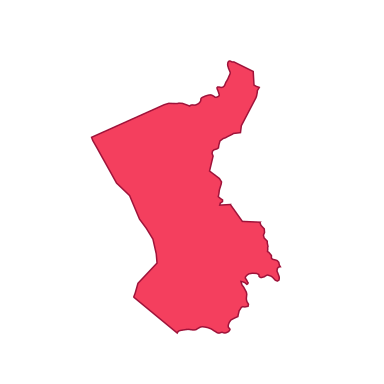 outline of Pelouze, Praslin, Saint Lucia, rotated 292°
{"feature_id": "8701671B45915520468586", "entity_name": "Pelouze", "entity_type": "district", "adm_level": 2, "iso_a3": "LCA", "parent_name": "Saint Lucia", "parent_adm1": "Praslin", "projection": "natural_earth1", "projection_center": [-60.921, 13.879], "detail": "fine", "context": "isolated", "style": "filled", "palette": "rose", "viewbox_px": 384, "rotation_deg": 292, "n_neighbors": 0, "source": "geoboundaries", "source_scale": "gbopen_adm2", "svg_char_len": 5378}
<svg xmlns="http://www.w3.org/2000/svg" viewBox="0 0 384 384"><g transform="rotate(292 192 192)"><path d="M189.5,266.4L183.6,249.7L194.7,232.3L194.8,232.3L190.2,222.6L192.4,222.4L194.5,223.9L196.1,223.3L196.6,220.9L197.5,218.1L200.3,217.6L204.2,216.6L210.2,216.1L212.4,215.6L214.8,212.3L218.0,200.4L233.2,198.1L235.2,196.2L237.5,195.7L239.4,196.6L241.3,199.0L242.8,200.0L245.6,199.3L249.8,198.8L253.3,200.9L254.8,202.7L256.8,204.3L260.8,207.9L261.8,208.5L265.2,214.7L272.0,212.9L303.4,216.0L305.2,215.9L308.8,215.2L310.5,214.6L313.4,215.1L314.2,215.2L314.2,214.9L314.0,211.9L314.4,209.4L326.7,203.6L328.3,182.2L328.1,181.7L327.8,181.1L327.6,180.1L327.7,179.2L327.7,178.1L327.2,177.3L326.4,176.9L325.5,176.8L324.7,177.0L323.8,177.2L323.0,177.6L322.2,178.0L321.6,178.7L320.8,179.1L320.1,179.8L319.5,180.4L318.8,181.1L318.2,181.7L317.5,182.4L316.7,182.9L315.9,183.0L315.0,183.0L314.1,183.0L313.3,182.9L312.4,182.9L311.5,182.9L310.6,182.9L309.8,182.8L308.9,182.7L308.0,182.6L307.2,182.4L306.3,182.3L305.4,182.3L304.6,182.3L303.7,182.3L302.8,182.3L302.0,182.0L301.2,181.6L300.5,181.0L300.0,180.2L299.7,179.2L299.6,178.2L299.3,177.3L298.9,176.4L298.7,176.4L298.1,176.1L297.3,176.5L296.6,177.1L296.0,177.8L295.3,178.4L294.6,179.0L294.2,179.4L293.9,179.6L293.2,180.2L292.8,180.6L292.5,180.8L291.6,181.1L290.8,180.8L290.1,180.3L289.4,179.6L288.8,178.9L288.5,177.9L288.8,177.0L289.0,176.0L289.1,175.1L289.2,174.1L289.1,173.1L288.7,172.2L288.2,171.3L287.7,170.6L287.1,169.8L286.5,169.1L285.9,168.3L285.2,167.7L284.5,167.0L283.9,166.4L283.1,165.8L282.3,165.4L281.5,165.4L280.6,165.7L279.8,165.9L278.9,165.8L278.0,165.6L277.2,165.3L276.4,164.9L275.7,164.3L275.0,163.7L274.3,163.0L273.7,162.3L273.4,161.4L273.1,160.5L272.8,159.5L272.3,158.7L271.7,158.0L270.8,157.7L270.8,155.2L270.6,150.0L269.5,146.6L268.5,145.2L267.2,141.9L265.5,137.2L262.4,133.4L205.1,78.4L204.0,79.4L202.5,80.8L196.5,88.4L191.7,94.3L179.8,109.1L172.0,118.7L165.3,135.5L147.2,153.5L141.2,163.3L133.7,173.4L121.3,182.0L113.0,186.2L87.1,176.1L76.9,177.2L73.1,177.3L72.6,177.6L55.7,231.1L56.2,231.1L56.4,231.1L56.5,231.2L56.8,231.2L57.0,231.3L57.3,231.5L57.5,231.5L57.9,231.7L58.1,231.8L58.4,232.1L58.6,232.3L58.9,232.6L59.0,232.8L59.2,233.0L59.3,233.2L59.6,233.6L59.9,234.1L60.3,234.8L60.8,235.5L61.1,236.1L61.3,236.4L61.5,236.8L61.7,237.1L61.9,237.4L62.3,238.2L62.5,238.3L62.6,238.7L62.7,238.8L62.8,239.0L63.0,239.5L63.2,239.9L63.3,240.1L63.4,240.4L63.4,240.5L63.5,240.7L63.5,240.8L63.6,241.0L63.8,242.0L63.9,242.5L64.0,242.6L64.1,243.0L64.2,243.4L64.2,243.6L64.4,244.1L64.4,244.4L64.5,244.5L64.6,244.9L64.7,245.0L64.8,245.3L64.9,245.5L65.0,245.8L65.2,246.2L65.3,246.3L65.4,246.5L65.6,246.8L65.7,247.0L65.8,247.1L65.9,247.3L66.1,247.4L66.2,247.5L66.5,247.7L66.7,247.8L66.8,247.9L66.9,248.0L67.0,248.1L67.5,248.4L67.6,248.5L68.0,248.8L68.5,249.2L68.8,249.4L68.9,249.6L69.1,249.7L69.2,249.8L69.3,249.9L69.5,250.0L69.8,250.3L70.2,250.8L70.4,251.1L70.5,251.3L70.6,251.5L71.0,252.1L71.1,252.5L71.2,252.8L71.2,253.0L71.3,253.2L71.4,253.5L71.4,253.9L71.6,254.4L71.7,254.8L71.7,255.0L71.8,255.2L71.8,255.4L71.9,255.7L71.9,255.9L71.9,256.1L72.0,256.5L72.1,256.9L72.1,257.3L72.2,257.7L72.2,258.3L72.2,258.5L72.2,259.4L72.2,259.7L72.3,260.6L72.2,260.8L72.2,261.1L72.2,261.3L72.2,261.6L72.1,261.8L72.1,262.0L71.9,263.1L71.7,263.5L71.7,263.8L71.6,264.3L71.6,264.5L71.5,264.9L71.5,265.2L71.5,265.4L71.4,265.6L71.4,265.9L71.4,266.1L71.3,266.3L71.3,266.5L71.2,266.8L71.1,267.0L71.1,267.3L71.0,267.6L71.0,267.8L71.0,268.7L71.0,268.9L71.1,269.1L71.1,269.3L71.2,269.5L71.3,269.8L71.4,270.0L71.5,270.2L71.6,270.4L71.7,270.5L71.8,270.6L71.9,270.8L72.1,271.0L72.3,271.1L72.5,271.3L72.6,271.5L72.9,271.8L72.9,272.0L73.0,272.2L73.1,272.3L73.2,272.6L73.2,272.8L73.3,272.9L73.3,273.8L73.3,274.0L73.3,274.3L73.4,274.6L73.5,274.8L73.5,275.1L73.6,275.3L73.7,275.5L73.9,275.7L74.0,275.9L74.0,276.0L74.2,276.3L74.4,276.5L74.5,276.6L74.8,276.8L74.9,277.0L75.1,277.2L75.3,277.3L75.6,277.6L76.0,278.0L76.4,278.2L76.5,278.3L76.8,278.3L77.3,278.5L77.7,278.6L78.0,278.7L78.3,278.7L78.8,278.7L79.0,278.5L79.2,278.4L79.4,277.9L79.5,277.7L79.7,277.4L79.7,277.2L79.9,277.0L80.1,276.7L80.3,276.3L80.4,276.2L80.6,276.1L81.1,275.9L81.3,275.8L81.7,275.6L81.9,275.6L82.2,275.5L82.3,275.5L82.6,275.5L82.8,275.4L84.6,275.4L84.8,275.4L85.2,275.4L85.4,275.5L85.5,275.5L85.9,275.5L86.0,275.5L86.3,275.6L86.5,275.7L86.7,275.8L87.0,275.8L87.4,275.9L87.6,276.0L88.0,276.1L88.3,276.3L88.5,276.5L90.3,278.0L91.3,278.9L93.7,281.2L95.6,280.8L99.7,280.2L101.3,280.6L103.3,280.9L104.6,281.8L105.2,284.0L107.0,286.8L109.1,286.4L111.0,283.9L112.9,282.6L114.2,282.1L117.7,281.1L119.5,279.9L123.1,275.6L124.6,273.1L127.4,270.9L127.7,272.4L127.8,274.7L126.9,277.5L127.9,278.1L128.8,278.1L129.4,277.1L130.7,275.8L132.2,273.6L133.6,273.4L136.0,274.4L137.5,275.5L139.3,278.4L140.7,282.4L140.5,284.9L138.9,285.8L138.4,287.3L138.6,288.3L140.5,290.8L141.9,291.7L143.3,293.0L143.6,296.6L143.2,298.5L141.4,302.3L141.4,304.5L142.8,305.6L144.2,305.4L145.7,304.8L146.6,304.1L149.0,301.9L150.5,300.4L153.1,299.8L154.7,300.3L155.7,301.7L155.8,301.9L156.9,300.4L159.3,298.8L160.3,296.7L160.3,295.9L160.2,294.5L159.8,291.9L160.4,290.5L162.9,289.4L164.8,285.9L165.1,284.3L167.3,283.7L168.7,283.0L169.9,282.9L172.9,280.9L174.6,280.2L176.4,276.1L178.7,274.4L181.7,274.4L184.9,272.8L186.2,269.9L187.0,268.3L189.0,266.6L189.0,266.2L189.5,266.4Z" fill="#f43f5e" stroke="#9f1239" stroke-width="1.5"/></g></svg>